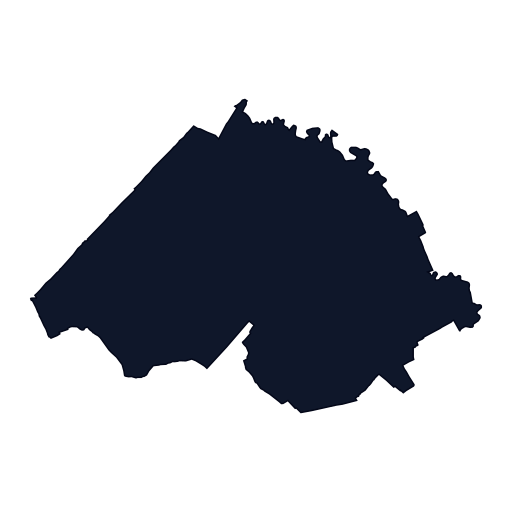 the district of Raducaneni, Iasi, Romania
{"feature_id": "2599482B23312224684372", "entity_name": "Raducaneni", "entity_type": "district", "adm_level": 2, "iso_a3": "ROU", "parent_name": "Romania", "parent_adm1": "Iasi", "projection": "orthographic", "projection_center": [27.975, 46.968], "detail": "fine", "context": "isolated", "style": "filled", "palette": "ink", "viewbox_px": 512, "rotation_deg": 0, "n_neighbors": 0, "source": "geoboundaries", "source_scale": "gbopen_adm2", "svg_char_len": 6069}
<svg xmlns="http://www.w3.org/2000/svg" viewBox="0 0 512 512"><path d="M365.1,390.1L368.7,385.5L369.2,385.3L370.7,383.6L373.2,379.9L373.7,379.8L375.0,377.9L378.5,374.4L379.1,374.2L386.5,380.2L393.8,387.1L395.0,386.2L400.3,390.6L400.6,390.2L403.3,392.7L406.1,390.5L413.5,386.0L414.0,385.0L413.9,384.5L409.0,376.8L406.4,372.1L404.2,368.8L402.6,365.3L408.9,361.7L413.7,359.5L413.2,357.0L413.2,347.7L414.9,347.3L416.1,345.9L417.7,345.3L417.8,344.6L417.1,343.0L417.0,342.1L418.0,341.1L422.3,339.0L423.5,338.0L422.9,337.5L439.9,328.4L442.0,327.0L451.4,321.9L452.3,320.8L453.7,320.2L459.6,330.7L460.0,330.7L460.1,330.2L461.4,328.6L464.8,326.6L466.3,326.5L470.2,327.3L472.4,327.1L473.1,326.3L473.2,324.4L473.5,324.0L478.2,320.8L479.7,318.4L480.0,317.6L479.7,316.1L479.3,315.5L477.6,314.4L476.9,313.4L476.8,312.8L476.9,312.1L478.0,310.6L480.9,308.1L481.3,307.5L481.3,306.0L480.9,305.4L479.9,304.8L476.6,305.0L474.2,303.5L472.4,303.2L472.1,302.8L470.2,292.3L469.5,291.1L469.3,290.3L469.0,288.2L469.4,284.9L469.0,283.3L467.6,282.2L461.2,280.4L460.5,279.1L460.6,276.8L460.0,275.8L458.4,275.7L456.4,277.1L454.7,277.0L453.3,275.7L452.2,273.7L451.2,272.9L450.6,272.9L449.8,273.3L448.7,275.1L447.1,276.7L446.2,276.8L443.5,276.2L442.5,276.5L441.0,277.4L439.2,279.6L437.0,280.2L435.6,279.9L435.2,279.2L435.0,278.4L435.4,277.3L437.2,274.4L437.1,273.5L436.5,272.6L435.6,272.0L434.0,272.4L433.4,273.0L432.6,275.2L431.6,275.7L431.0,275.4L430.1,273.5L427.7,272.0L432.7,270.2L427.9,259.4L427.0,256.7L424.3,250.7L423.2,247.7L423.2,247.2L420.7,240.8L418.7,237.0L418.7,236.6L425.3,232.7L425.4,232.4L422.4,225.6L423.0,225.1L422.9,224.6L417.9,214.2L416.4,211.6L407.5,216.5L407.1,215.8L405.8,212.3L405.1,211.4L402.5,210.0L400.8,209.6L399.9,208.9L398.8,207.2L398.3,204.3L398.6,202.3L398.5,201.2L397.8,199.9L397.0,199.2L395.3,198.9L393.3,199.5L392.6,199.5L391.8,199.0L387.8,193.7L385.4,189.3L382.9,187.2L382.1,186.2L381.9,185.2L382.0,184.4L383.3,182.8L385.5,181.4L386.1,180.6L386.1,179.5L385.6,178.7L384.5,177.9L381.2,176.2L380.3,175.3L378.3,171.7L376.2,171.8L375.4,172.4L374.1,174.3L373.0,175.0L369.9,175.1L368.1,174.2L367.5,173.2L367.4,172.3L367.8,171.1L368.3,170.2L371.5,167.9L372.5,166.6L373.3,164.6L373.4,163.6L372.3,162.6L370.5,162.0L368.2,160.3L367.8,159.5L367.9,157.0L368.4,155.6L369.5,153.6L369.6,152.7L368.8,150.7L368.0,149.9L366.2,149.0L364.6,148.7L361.0,149.7L360.2,149.7L357.7,148.1L355.9,147.4L351.3,147.4L350.3,148.2L349.6,149.2L349.6,150.8L350.6,152.4L356.4,155.8L357.0,156.8L356.7,158.2L354.7,160.5L350.9,160.4L346.2,161.1L345.4,160.8L344.2,159.6L342.4,155.3L339.7,152.0L337.7,150.6L336.3,150.2L333.4,148.5L331.8,142.0L331.6,137.6L332.3,136.1L336.4,136.0L337.2,135.3L337.5,134.4L332.0,130.4L330.8,132.1L330.6,133.4L330.9,136.4L330.1,137.9L328.7,137.4L327.7,134.8L326.7,134.2L326.0,134.4L325.5,134.9L325.5,136.2L325.1,137.1L323.3,138.9L321.6,142.2L320.1,142.0L317.5,138.0L317.0,136.6L317.0,135.8L317.4,135.1L319.0,133.7L319.9,130.8L319.8,129.3L319.4,128.8L318.0,127.9L312.5,128.4L307.2,130.3L306.7,131.3L306.7,131.9L307.5,133.5L309.1,135.0L309.4,136.2L308.6,137.0L306.5,137.6L305.6,138.5L305.3,139.6L303.0,139.2L296.2,136.8L295.3,135.2L295.2,133.5L295.6,130.5L296.2,127.9L295.9,126.4L295.4,126.0L293.7,125.3L292.5,126.3L289.2,130.3L288.2,129.2L287.5,127.7L284.8,126.4L283.5,124.9L283.4,124.2L284.2,121.0L284.0,120.1L283.4,119.6L282.7,119.6L280.8,120.6L280.1,120.5L279.1,119.5L278.5,118.3L277.4,117.5L275.4,117.5L274.2,118.3L273.8,119.2L274.0,122.5L273.8,123.2L273.5,123.8L272.7,124.2L271.4,123.8L270.3,121.1L269.0,120.3L268.3,120.4L267.6,121.0L266.6,123.8L265.4,124.7L264.5,124.4L263.3,122.0L262.7,121.7L261.8,122.0L260.8,123.6L260.2,124.1L259.0,124.0L258.0,122.7L257.1,122.1L255.7,122.5L254.4,123.7L252.7,123.7L252.1,123.5L251.3,122.3L249.6,118.3L247.9,116.0L245.4,113.6L242.4,111.9L244.2,107.9L246.0,104.9L246.2,104.0L246.2,102.0L247.0,100.9L244.9,99.5L242.4,100.2L240.7,102.4L239.6,103.3L236.5,105.6L235.4,105.8L234.8,106.3L237.0,107.9L228.3,121.8L226.5,124.0L218.6,139.0L215.4,135.5L207.1,132.2L200.4,129.0L197.6,128.5L193.7,126.1L188.1,132.3L186.8,133.3L183.8,137.4L179.4,140.8L178.9,141.9L175.6,145.7L173.7,147.2L171.2,150.1L153.3,168.1L149.7,172.8L145.9,176.4L141.7,181.6L136.3,187.1L134.4,188.7L135.3,189.9L122.0,202.9L113.1,212.3L109.6,215.2L109.7,215.8L104.5,221.7L87.5,239.2L87.7,240.2L85.7,241.4L85.1,240.9L83.7,242.4L82.7,243.1L82.3,244.0L82.6,244.2L82.5,244.4L77.9,248.5L73.5,254.6L61.4,268.1L60.0,269.3L58.7,271.4L57.0,272.6L50.9,279.1L46.0,283.2L40.4,289.9L37.0,293.4L34.9,295.3L36.3,297.2L36.5,297.7L36.3,298.0L31.7,298.2L31.0,298.3L30.7,298.8L31.4,300.4L32.3,300.2L35.9,307.2L37.8,311.9L38.9,313.7L39.4,316.2L40.6,318.1L44.0,325.5L46.0,329.1L47.5,333.0L47.9,334.7L49.0,336.8L49.8,337.0L51.0,338.1L57.0,335.6L59.8,333.8L59.1,332.3L67.7,329.4L67.4,328.5L69.9,327.0L71.8,326.5L77.0,326.7L78.2,327.4L79.8,328.9L81.7,329.9L82.9,330.0L83.9,329.6L84.7,328.1L86.9,327.1L87.6,327.1L89.6,329.6L92.0,331.4L93.2,332.8L93.9,333.0L95.1,334.0L98.3,335.8L100.3,337.7L109.0,349.9L111.3,352.3L116.6,357.1L122.2,364.6L123.9,370.8L124.6,375.3L124.9,375.8L125.9,376.2L128.7,376.7L131.6,376.5L136.0,377.8L137.6,377.3L141.3,377.3L142.9,376.4L144.1,376.3L146.5,374.9L148.8,370.8L153.3,365.6L158.9,365.0L160.4,364.5L166.0,364.2L167.9,363.1L170.2,362.7L172.4,361.5L174.5,361.6L177.7,361.2L179.4,360.6L185.8,360.8L191.7,359.0L195.9,360.7L201.8,364.3L204.7,366.2L206.9,368.3L226.6,346.9L247.4,322.7L249.1,321.0L254.0,325.1L254.1,325.4L252.2,327.9L250.1,331.4L249.9,332.2L250.6,333.4L245.1,339.8L242.6,342.2L242.6,342.6L243.8,344.3L246.4,347.0L248.8,352.8L248.4,354.5L247.1,357.1L247.4,358.9L243.8,360.8L245.6,366.6L245.6,367.5L246.2,369.4L249.2,371.9L252.6,375.9L253.7,378.1L254.6,380.5L255.2,381.9L256.0,382.7L257.1,383.1L259.9,387.4L260.9,388.6L263.8,390.1L264.8,391.1L269.5,393.9L279.3,401.6L281.4,403.5L283.0,403.4L287.9,400.5L295.2,408.3L296.3,407.9L300.9,412.5L311.7,410.5L335.9,405.1L342.4,404.1L356.6,400.4L355.4,398.3L355.4,398.0L358.0,396.0L358.5,396.2L359.3,394.2L359.6,393.9L360.3,393.9L361.0,392.4L361.6,392.4L365.1,390.1Z" fill="#0f172a" stroke="#020617" stroke-width="1.5"/></svg>